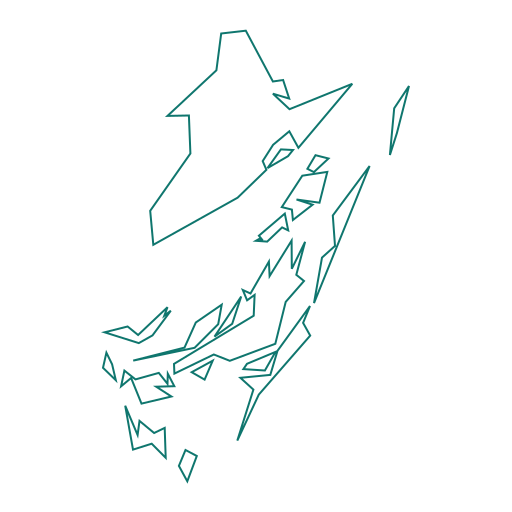 Van Don, Quảng Ninh, Vietnam
{"feature_id": "81297802B23156291808671", "entity_name": "Van Don", "entity_type": "district", "adm_level": 2, "iso_a3": "VNM", "parent_name": "Vietnam", "parent_adm1": "Quảng Ninh", "projection": "albers", "projection_center": [107.384, 20.984], "detail": "medium", "context": "isolated", "style": "outline", "palette": "teal", "viewbox_px": 512, "rotation_deg": 0, "n_neighbors": 0, "source": "geoboundaries", "source_scale": "gbopen_adm2", "svg_char_len": 1923}
<svg xmlns="http://www.w3.org/2000/svg" viewBox="0 0 512 512"><path d="M153.3,244.8L237.6,197.7L266.4,169.8L262.7,161.1L273.1,144.8L289.3,131.3L298.4,147.8L352.3,83.8L289.5,109.2L272.9,93.7L289.2,98.6L283.1,80.0L272.9,81.5L245.8,30.7L221.2,33.5L216.4,70.3L167.5,115.9L188.9,115.5L190.4,153.5L150.2,210.8L153.3,244.8ZM305.1,241.8L291.8,268.8L291.6,240.6L269.6,276.1L268.9,261.6L250.5,293.5L242.8,290.0L247.1,300.3L254.6,294.9L253.7,315.7L174.0,363.9L174.4,373.6L213.8,354.5L229.8,360.8L275.3,343.8L285.7,301.9L304.0,281.0L296.3,274.8L305.1,241.8ZM314.0,303.1L369.6,166.0L332.8,215.5L335.0,245.9L322.0,257.6L314.0,303.1ZM310.0,306.0L277.5,350.8L270.3,374.9L240.4,377.8L253.4,389.6L237.3,440.6L258.8,394.6L310.2,335.6L303.1,322.9L310.0,306.0ZM327.3,171.9L302.3,175.7L281.8,207.1L291.9,209.6L292.9,220.0L312.6,204.7L296.5,199.5L319.5,202.7L327.3,171.9ZM124.4,370.6L121.1,386.3L131.1,378.0L141.5,403.6L171.4,396.5L156.2,386.7L174.3,386.2L167.8,373.7L167.5,383.8L158.8,372.9L135.5,379.4L124.4,370.6ZM221.7,304.7L195.8,322.5L184.5,347.6L133.2,360.6L194.6,347.8L218.2,324.2L221.7,304.7ZM137.6,435.0L125.2,405.7L133.0,449.6L151.7,443.7L165.7,457.8L164.7,427.9L154.1,433.0L139.5,420.9L137.6,435.0ZM164.3,315.7L167.5,307.2L138.1,335.0L127.6,326.5L104.6,332.3L138.8,343.1L152.5,335.4L170.8,310.7L164.3,315.7ZM389.9,155.0L396.9,133.1L409.0,86.0L394.2,108.3L389.9,155.0ZM185.5,450.0L178.9,465.9L187.3,481.3L196.8,456.0L185.5,450.0ZM232.2,323.8L241.2,296.5L214.5,336.6L232.2,323.8ZM204.6,379.6L212.7,360.7L191.7,372.2L204.6,379.6ZM284.8,213.6L258.9,235.7L262.7,240.4L259.6,238.7L255.9,240.8L267.2,241.6L282.1,227.4L288.2,230.4L284.8,213.6ZM275.5,351.9L247.0,363.8L243.4,369.1L264.9,370.5L275.5,351.9ZM328.5,158.5L315.5,155.2L307.4,168.8L313.9,172.1L328.5,158.5ZM293.0,150.0L280.9,149.4L267.5,168.1L288.0,156.2L293.0,150.0ZM106.4,352.7L103.0,367.8L115.8,380.2L112.1,364.3L106.4,352.7Z" fill="none" stroke="#0f766e" stroke-width="2"/></svg>